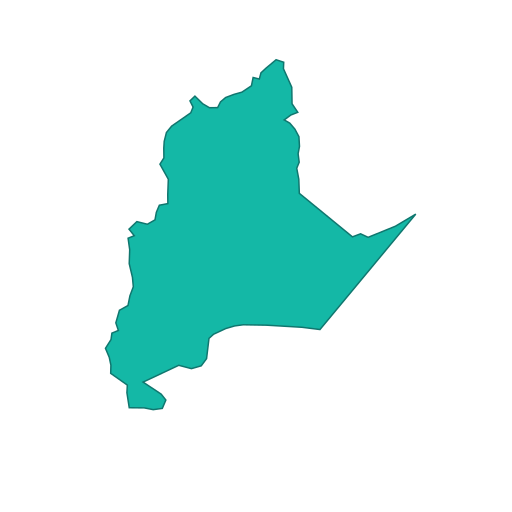 Almino Afonso, Rio Grande do Norte, Brazil, rotated 23°
{"feature_id": "56859067B53206467029095", "entity_name": "Almino Afonso", "entity_type": "district", "adm_level": 2, "iso_a3": "BRA", "parent_name": "Brazil", "parent_adm1": "Rio Grande do Norte", "projection": "mercator", "projection_center": [-37.775, -6.157], "detail": "fine", "context": "isolated", "style": "filled", "palette": "teal", "viewbox_px": 512, "rotation_deg": 23, "n_neighbors": 0, "source": "geoboundaries", "source_scale": "gbopen_adm2", "svg_char_len": 1266}
<svg xmlns="http://www.w3.org/2000/svg" viewBox="0 0 512 512"><g transform="rotate(23 256 256)"><path d="M386.7,155.0L372.7,174.1L351.9,195.0L343.6,194.7L337.3,200.7L271.4,181.4L265.4,168.6L259.2,159.3L259.1,152.8L254.8,145.4L253.2,138.1L248.9,129.4L242.2,124.0L235.2,120.5L228.8,119.7L232.9,112.7L238.3,107.4L229.7,101.8L223.0,86.7L208.1,72.9L205.8,66.8L197.8,67.5L192.0,78.8L189.0,85.4L189.9,91.8L183.6,92.8L185.3,101.1L179.0,110.7L172.6,115.8L166.1,122.0L163.1,128.0L162.7,134.4L155.2,137.7L147.5,136.7L137.3,132.7L134.6,139.0L139.9,143.5L140.0,149.7L127.6,169.4L125.3,177.3L126.7,186.3L129.0,192.8L132.9,201.7L131.7,209.0L145.3,219.6L150.8,234.0L154.4,242.2L147.2,247.0L147.2,254.7L148.9,262.2L143.6,269.2L132.9,270.9L128.6,280.9L136.0,284.9L131.3,289.6L137.3,299.6L142.3,312.6L150.6,323.9L155.1,332.3L155.5,341.9L157.5,351.6L151.5,359.3L153.1,372.3L158.4,378.3L153.5,383.3L155.2,389.6L153.5,399.8L160.5,406.6L165.1,413.2L168.1,420.8L188.0,425.1L190.6,432.3L198.6,445.2L212.4,439.5L221.4,437.6L229.3,432.9L229.3,423.8L222.7,420.2L201.3,416.2L227.6,386.8L240.6,384.9L248.5,378.5L250.6,369.8L244.9,350.2L247.5,344.6L256.5,334.6L263.7,328.7L271.1,324.3L292.6,315.6L326.3,303.6L343.6,298.7L386.7,155.0Z" fill="#14b8a6" stroke="#0f766e" stroke-width="1.5"/></g></svg>